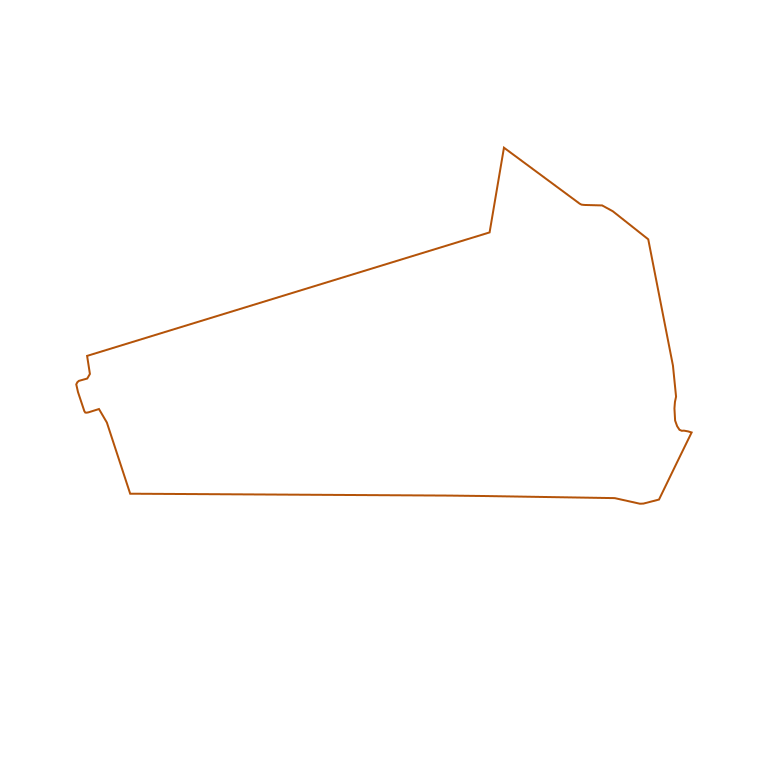 map outline of Kweneng (orthographic projection), rotated 343°
{"feature_id": "BWA-2647", "entity_name": "Kweneng", "entity_type": "District", "adm_level": 1, "iso_a3": "BWA", "parent_name": "Botswana", "parent_adm1": "", "projection": "orthographic", "projection_center": [24.77, -23.86], "detail": "fine", "context": "isolated", "style": "outline", "palette": "amber", "viewbox_px": 768, "rotation_deg": 343, "n_neighbors": 0, "source": "natural_earth", "source_scale": "10m", "svg_char_len": 650}
<svg xmlns="http://www.w3.org/2000/svg" viewBox="0 0 768 768"><g transform="rotate(343 384 384)"><path d="M529.3,269.9L567.8,193.1L623.8,268.7L625.3,270.2L627.8,271.3L644.8,277.0L653.3,285.7L679.0,322.9L665.7,450.9L659.6,481.5L657.0,486.2L654.6,492.3L651.7,504.1L652.0,510.1L653.2,514.2L655.1,515.8L657.2,516.3L660.9,518.2L664.0,520.3L641.6,544.3L613.2,574.9L597.1,574.2L593.7,573.3L571.3,560.6L446.7,520.3L413.5,509.7L109.2,414.7L107.7,339.8L104.1,324.6L93.2,324.7L91.3,324.5L90.0,324.0L89.5,322.4L89.0,302.3L89.6,294.4L91.2,292.7L93.1,291.8L101.8,292.0L105.7,288.4L108.3,270.3L529.3,269.9Z" fill="none" stroke="#b45309" stroke-width="2"/></g></svg>